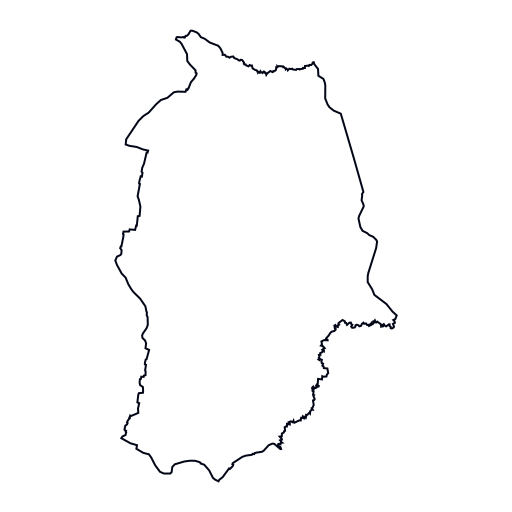 Sikhoraphum, Surin, Thailand (Natural Earth projection)
{"feature_id": "78962969B98513612105596", "entity_name": "Sikhoraphum", "entity_type": "district", "adm_level": 2, "iso_a3": "THA", "parent_name": "Thailand", "parent_adm1": "Surin", "projection": "natural_earth1", "projection_center": [103.804, 14.951], "detail": "fine", "context": "isolated", "style": "outline", "palette": "ink", "viewbox_px": 512, "rotation_deg": 0, "n_neighbors": 0, "source": "geoboundaries", "source_scale": "gbopen_adm2", "svg_char_len": 6002}
<svg xmlns="http://www.w3.org/2000/svg" viewBox="0 0 512 512"><path d="M126.2,139.3L125.7,144.5L129.4,145.8L136.8,147.0L142.6,149.3L148.1,150.6L147.5,152.7L146.6,152.7L144.0,163.7L142.2,167.8L141.6,171.6L142.5,172.8L141.9,176.6L140.7,176.3L139.2,182.1L139.1,183.5L139.9,183.9L137.6,196.3L138.9,199.9L140.4,206.7L139.6,215.9L137.8,216.2L136.8,225.6L136.2,225.5L135.1,229.9L129.7,229.4L129.0,231.5L123.5,231.6L123.0,233.9L123.6,234.4L123.2,237.6L121.4,246.4L120.8,246.4L120.2,248.2L121.6,250.2L121.3,253.9L120.3,255.1L117.0,256.6L115.3,260.5L117.0,265.0L121.7,273.6L125.6,277.6L128.3,284.2L131.1,288.9L133.5,292.1L140.1,298.6L145.4,306.3L146.4,311.4L146.9,312.3L146.7,315.2L147.6,317.1L147.8,324.9L146.5,328.3L142.9,333.5L142.1,335.6L142.5,338.0L145.1,340.5L146.1,343.4L145.5,348.3L149.1,349.9L146.6,359.1L145.7,359.6L144.9,362.7L144.9,364.3L146.0,364.8L145.1,370.4L145.6,371.3L145.5,375.2L143.9,375.6L143.6,376.9L141.3,376.7L140.8,379.0L139.9,379.2L139.6,382.7L140.1,385.1L142.9,387.0L143.1,390.9L143.0,392.7L138.8,393.2L138.2,395.2L137.4,402.4L139.2,403.1L138.0,408.6L138.3,412.9L131.3,415.9L130.2,415.5L129.8,418.0L129.3,417.8L129.0,419.0L127.7,420.7L127.0,422.5L127.6,423.0L127.1,424.3L125.3,425.7L124.8,427.9L124.5,429.7L126.1,430.9L125.6,431.8L126.2,432.5L125.5,435.0L122.4,436.5L121.3,438.2L130.5,443.3L137.0,445.2L136.4,448.8L143.4,452.9L148.9,454.3L151.2,457.5L155.2,465.3L160.0,471.8L163.8,473.5L170.2,473.5L171.6,472.2L172.3,467.0L174.8,464.3L184.3,461.5L190.0,460.7L195.1,460.8L199.2,462.0L200.5,462.7L200.6,463.5L204.2,464.7L209.2,470.4L212.9,477.8L215.0,479.6L218.5,481.3L219.2,479.9L222.7,477.1L229.1,468.4L229.9,469.0L232.7,466.2L233.2,464.7L232.4,464.3L232.7,463.2L242.4,456.8L246.0,455.6L251.9,454.8L252.7,453.8L254.2,454.1L254.7,453.1L256.5,452.6L261.9,451.8L263.6,450.8L268.7,445.2L272.4,443.6L274.3,443.9L280.4,449.1L281.1,449.0L280.4,447.0L278.6,446.3L278.1,444.3L278.5,443.9L280.5,444.3L280.7,442.9L282.0,442.7L281.1,442.1L281.2,441.5L280.1,440.3L281.9,439.6L281.9,439.1L279.7,436.6L281.8,436.3L281.9,433.5L283.8,432.5L284.1,431.2L285.1,430.8L284.7,427.2L285.7,426.5L286.9,426.5L287.0,423.9L289.8,424.5L289.8,423.3L288.7,423.2L288.5,422.3L290.9,421.3L292.8,422.3L293.5,420.8L293.9,422.4L294.5,422.7L299.4,420.3L300.7,420.5L301.1,417.8L302.4,417.9L302.9,416.3L303.5,416.8L303.7,418.3L304.4,418.5L305.0,417.0L305.6,417.5L305.6,416.9L306.1,416.8L306.1,414.8L307.4,414.8L309.3,412.7L310.0,413.5L310.3,411.0L311.9,409.6L312.6,409.7L311.7,408.2L312.5,407.8L313.7,405.0L313.0,400.4L314.2,400.0L314.7,399.1L313.4,396.0L314.0,395.1L313.1,394.6L313.6,391.6L312.5,390.8L313.1,389.7L312.1,388.7L312.2,387.6L312.9,386.9L313.0,388.2L313.8,389.0L314.3,387.5L315.7,388.1L316.6,387.3L316.1,385.6L316.5,385.0L317.2,386.9L318.6,386.5L318.8,386.0L317.6,385.3L318.1,378.9L322.0,379.4L322.3,376.2L323.4,376.7L326.4,376.5L326.9,374.6L328.2,373.1L327.4,368.5L323.8,368.1L323.5,366.3L322.4,365.7L323.1,363.7L321.8,363.1L321.4,361.5L321.8,359.8L320.0,359.3L319.3,360.1L318.5,359.4L319.9,358.8L318.9,357.7L319.4,356.4L319.0,354.9L320.4,354.8L320.2,353.1L322.1,352.2L322.7,351.1L323.9,351.5L323.9,350.6L322.7,350.6L322.3,349.9L323.6,349.6L323.4,348.5L324.6,348.1L322.7,346.0L321.0,345.6L322.0,344.3L321.4,341.5L324.0,340.1L327.6,340.3L327.6,339.8L326.1,339.1L326.0,338.5L328.8,335.4L330.2,333.0L331.8,331.6L334.3,331.0L335.6,329.7L335.7,329.0L334.9,328.6L334.4,325.6L335.4,325.0L336.4,326.7L337.8,327.0L337.9,325.5L339.1,324.7L338.4,324.0L338.5,323.1L342.5,320.0L344.7,321.2L345.0,322.7L346.1,322.9L347.0,324.9L349.4,322.7L350.9,322.6L351.4,324.3L352.3,324.8L351.2,326.6L352.2,327.8L354.6,327.5L355.4,326.6L355.5,325.3L356.9,324.7L358.6,325.4L359.3,326.3L361.0,325.9L361.9,323.9L363.4,322.7L364.1,323.8L365.9,323.4L367.1,325.0L369.7,324.6L368.6,325.5L368.9,326.0L371.2,324.9L371.3,324.4L370.5,324.1L371.8,322.6L371.9,324.2L372.6,324.2L374.1,322.5L373.8,321.4L374.8,320.3L375.4,322.3L376.2,322.5L377.2,321.6L382.0,325.1L381.0,325.8L381.1,326.7L383.1,326.3L383.3,324.5L383.8,324.1L384.7,325.6L386.1,326.4L388.9,324.3L389.6,324.3L389.6,326.1L390.7,326.8L390.7,328.1L391.6,328.5L392.7,328.2L394.0,326.9L393.0,323.8L394.9,322.8L394.5,321.2L393.3,320.0L395.4,318.9L396.7,315.4L392.5,311.6L386.5,304.1L374.4,294.9L372.2,289.4L367.7,282.1L367.7,276.1L368.3,273.0L376.1,248.2L377.1,241.6L376.2,239.8L373.2,236.8L369.3,235.1L367.1,233.1L362.5,230.8L360.3,226.9L358.5,218.6L359.1,216.0L363.7,206.5L363.6,204.9L361.6,200.3L362.2,195.4L362.0,194.1L363.4,191.9L353.9,158.4L340.8,113.7L333.7,110.6L329.5,107.3L327.6,104.5L325.2,98.5L325.3,85.3L324.7,82.2L323.4,78.9L318.4,75.8L318.0,68.9L314.4,64.3L313.7,62.2L312.8,62.5L312.9,63.2L311.2,65.0L309.5,64.9L308.8,66.0L308.1,65.6L305.0,66.0L304.9,68.0L303.1,67.9L303.1,68.6L299.5,69.4L299.2,69.0L296.7,69.1L296.1,69.9L293.0,69.5L292.2,68.7L291.5,69.1L289.3,68.7L287.9,70.2L287.7,69.5L286.6,68.8L285.9,69.3L285.9,68.3L285.0,68.2L283.7,66.8L283.2,67.1L282.9,66.4L278.7,66.1L277.7,66.7L277.3,66.3L277.3,67.2L276.3,67.1L275.9,70.0L275.2,70.7L273.4,71.1L273.4,71.7L272.5,72.1L270.3,71.0L267.1,73.5L266.3,74.8L265.7,72.9L264.8,72.8L264.8,72.1L263.9,71.5L262.5,72.9L262.1,72.3L260.9,72.5L260.4,71.3L259.5,72.7L258.7,72.2L258.2,72.6L258.2,71.7L257.3,71.6L256.9,70.4L255.3,70.0L252.6,68.4L251.9,65.5L250.8,65.7L249.7,65.0L248.6,66.3L246.1,65.4L245.5,64.4L244.5,64.5L243.8,63.8L244.0,62.6L242.1,60.0L240.5,59.8L239.8,60.6L239.0,60.5L237.3,59.2L234.3,58.1L233.3,56.5L230.9,56.8L229.5,57.7L228.2,56.8L226.3,56.6L224.9,54.8L222.6,54.9L222.6,52.9L220.5,48.5L218.3,45.8L209.7,42.5L204.6,38.7L200.9,37.2L198.5,33.8L196.7,32.4L192.7,30.8L190.6,30.7L188.3,34.5L186.9,35.8L185.6,35.9L184.8,37.5L184.0,37.5L183.7,37.0L181.2,37.4L177.2,37.0L176.5,37.5L175.9,39.5L179.9,41.8L181.6,43.9L187.0,54.1L187.3,61.0L190.0,64.6L195.5,70.3L195.6,72.6L196.6,73.3L196.2,75.1L193.9,78.7L190.9,82.2L188.4,88.6L188.0,88.6L187.4,89.9L186.4,89.4L185.5,91.8L177.6,91.6L173.8,92.3L167.4,97.8L160.9,100.0L156.2,104.2L148.7,112.6L143.3,116.1L138.6,120.8L126.2,139.3Z" fill="none" stroke="#020617" stroke-width="2"/></svg>